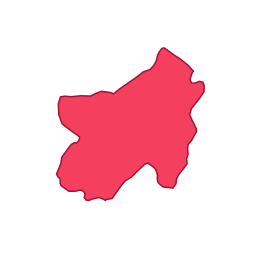 Kočani, Robinson projection, rotated 38°
{"feature_id": "MKD-2939", "entity_name": "Kočani", "entity_type": "Statistical Region", "adm_level": 1, "iso_a3": "MKD", "parent_name": "North Macedonia", "parent_adm1": "", "projection": "robinson", "projection_center": [22.392, 41.974], "detail": "fine", "context": "isolated", "style": "filled", "palette": "rose", "viewbox_px": 256, "rotation_deg": 38, "n_neighbors": 0, "source": "natural_earth", "source_scale": "10m", "svg_char_len": 1448}
<svg xmlns="http://www.w3.org/2000/svg" viewBox="0 0 256 256"><g transform="rotate(38 128 128)"><path d="M55.9,145.7L55.7,145.0L58.5,141.9L64.0,138.3L70.8,131.8L78.8,125.9L81.3,120.6L84.7,115.3L88.9,112.8L93.0,110.5L95.6,110.0L97.4,102.1L99.4,95.7L100.3,92.8L103.8,81.4L105.4,74.6L109.3,68.5L109.9,62.9L109.0,57.8L106.5,52.5L105.7,47.8L105.7,46.5L105.7,44.4L107.2,42.6L110.7,42.4L119.1,42.2L125.8,41.5L129.5,41.5L133.5,41.5L135.8,41.5L138.6,41.9L144.6,43.0L144.6,44.8L146.9,51.6L150.6,53.5L153.2,51.3L155.4,47.4L158.7,45.8L161.9,47.7L165.6,52.6L166.1,60.0L166.1,73.9L168.5,79.7L174.0,82.5L182.1,86.4L184.2,88.7L185.8,99.0L185.5,104.2L187.6,107.4L191.6,111.9L192.9,115.8L196.6,119.9L196.8,126.1L196.6,133.2L197.6,138.3L200.2,142.5L200.3,147.7L197.7,149.3L192.0,152.8L188.5,152.8L185.4,152.5L182.8,150.6L180.2,147.0L176.7,144.4L174.1,143.2L169.4,143.2L165.2,143.5L163.6,146.0L162.1,155.1L161.0,164.4L158.4,171.2L158.1,177.0L158.9,193.4L155.0,197.6L154.8,199.1L152.9,199.1L148.1,200.5L143.7,205.8L141.7,209.4L139.2,210.6L136.2,209.7L135.5,207.2L133.2,205.5L130.3,205.5L127.7,207.2L125.7,210.0L120.4,214.2L115.2,214.5L111.2,214.5L110.5,214.5L108.7,213.4L105.7,209.7L103.2,209.7L100.0,208.3L98.2,201.3L97.2,198.2L96.1,195.7L93.8,191.8L93.4,180.6L93.4,175.8L94.7,172.7L96.6,171.6L97.0,169.6L96.6,166.6L95.2,164.9L91.3,164.9L85.1,165.2L73.7,165.4L65.3,160.1L58.3,152.0L56.0,146.1L55.9,145.7Z" fill="#f43f5e" stroke="#9f1239" stroke-width="1.5"/></g></svg>